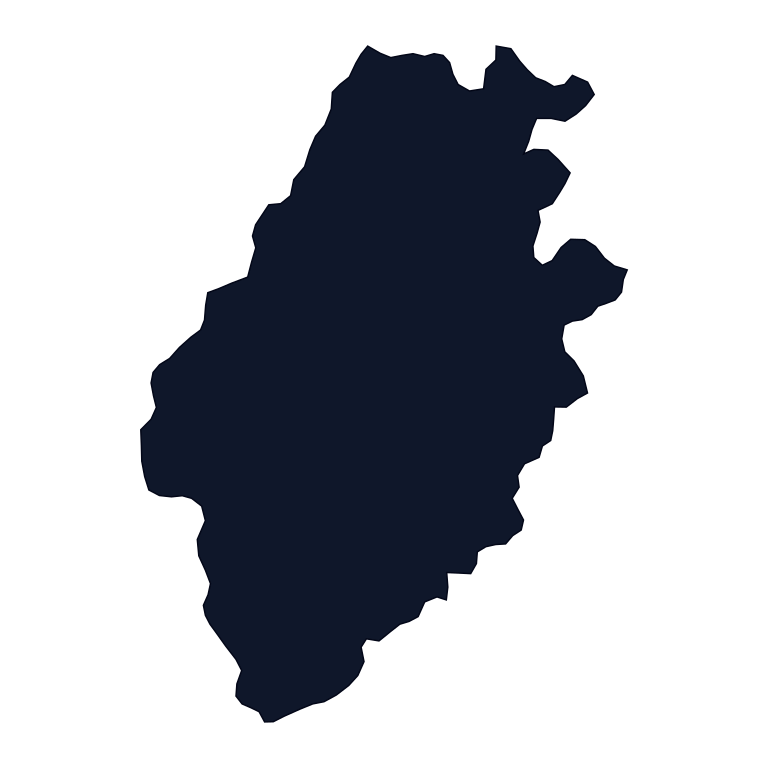 São José da Varginha, Minas Gerais, Brazil
{"feature_id": "56859067B73320463748486", "entity_name": "São José da Varginha", "entity_type": "district", "adm_level": 2, "iso_a3": "BRA", "parent_name": "Brazil", "parent_adm1": "Minas Gerais", "projection": "natural_earth1", "projection_center": [-44.552, -19.7], "detail": "fine", "context": "isolated", "style": "filled", "palette": "ink", "viewbox_px": 768, "rotation_deg": 0, "n_neighbors": 0, "source": "geoboundaries", "source_scale": "gbopen_adm2", "svg_char_len": 2237}
<svg xmlns="http://www.w3.org/2000/svg" viewBox="0 0 768 768"><path d="M570.1,172.9L558.2,159.6L548.0,150.1L533.8,149.4L523.6,154.0L528.7,141.2L532.0,129.4L536.6,118.4L551.3,118.4L565.0,121.2L576.2,114.0L585.6,105.6L594.2,94.5L587.6,82.1L572.4,75.4L564.8,84.5L554.0,86.7L545.2,81.5L535.7,77.8L527.2,69.7L519.7,61.1L510.9,48.7L496.2,46.1L495.9,60.0L486.0,69.3L483.6,88.8L469.5,91.0L458.1,84.5L452.9,74.3L449.6,62.6L443.0,55.4L434.1,53.7L424.7,56.5L413.0,53.7L402.1,55.4L390.8,57.6L380.0,53.2L367.7,46.1L361.1,54.3L355.9,63.2L349.3,77.1L340.0,84.5L332.4,92.3L331.3,109.0L324.9,125.1L315.6,136.2L309.9,149.6L304.6,166.8L293.8,179.6L290.6,195.7L280.7,203.7L268.8,204.8L261.8,215.4L255.6,224.8L252.5,236.0L255.8,247.8L251.6,262.1L247.7,277.1L231.6,283.2L218.4,288.8L207.8,292.7L205.7,305.1L204.5,320.1L200.6,330.0L190.9,337.2L179.5,347.4L169.6,358.5L159.7,364.6L153.1,372.4L151.1,383.0L153.5,395.8L156.4,407.5L151.1,419.3L140.8,429.7L141.4,445.3L141.8,461.2L144.7,476.6L148.9,490.0L159.4,495.5L171.5,496.8L182.3,495.7L191.6,498.3L201.7,506.1L205.4,520.7L197.3,539.5L198.8,555.8L205.4,570.2L210.5,583.6L208.1,594.7L203.4,605.3L205.4,615.3L210.0,624.2L216.2,632.7L225.6,645.9L236.0,659.4L241.7,670.5L236.9,683.9L236.0,696.1L242.1,703.9L251.1,707.8L259.1,711.7L264.6,721.9L273.3,721.7L283.9,716.3L300.0,709.1L312.7,703.9L324.0,701.7L336.3,695.0L348.8,685.4L357.8,675.5L364.0,661.6L361.1,647.2L366.4,638.8L379.0,640.9L389.9,632.0L399.8,624.2L409.1,621.4L418.1,616.6L424.7,601.9L437.0,596.9L446.3,599.9L447.8,587.1L446.7,572.5L458.6,573.0L470.7,573.6L476.4,563.6L477.3,551.9L485.8,546.7L495.7,544.5L505.6,543.9L512.7,535.6L521.2,530.0L523.5,520.0L518.2,510.0L512.2,498.3L519.1,487.2L517.5,475.5L524.5,463.8L539.1,457.3L542.4,446.0L550.7,440.5L552.7,430.8L553.6,419.7L554.5,406.9L566.3,407.1L577.3,398.6L587.5,393.0L583.3,375.9L574.0,360.9L564.8,351.8L561.7,338.9L564.1,325.1L572.3,321.1L582.2,319.6L591.2,314.6L597.8,306.2L606.3,303.3L615.2,299.9L621.5,292.1L623.3,279.5L627.2,269.9L614.3,266.0L604.4,258.2L595.4,246.5L584.8,239.7L570.7,239.3L561.1,247.5L552.2,260.6L542.3,265.3L533.8,257.5L532.9,246.0L537.1,233.0L540.1,222.1L538.0,210.4L552.3,203.7L559.9,192.0L565.0,183.5L570.1,172.9Z" fill="#0f172a" stroke="#020617" stroke-width="1.5"/></svg>